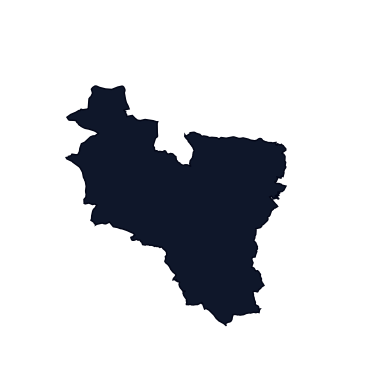 the district of Balvanesti, Mehedinti, Romania, rotated 334°
{"feature_id": "2599482B93789531943364", "entity_name": "Balvanesti", "entity_type": "district", "adm_level": 2, "iso_a3": "ROU", "parent_name": "Romania", "parent_adm1": "Mehedinti", "projection": "albers", "projection_center": [22.672, 44.8], "detail": "fine", "context": "isolated", "style": "filled", "palette": "ink", "viewbox_px": 384, "rotation_deg": 334, "n_neighbors": 0, "source": "geoboundaries", "source_scale": "gbopen_adm2", "svg_char_len": 6068}
<svg xmlns="http://www.w3.org/2000/svg" viewBox="0 0 384 384"><g transform="rotate(334 192 192)"><path d="M259.6,242.8L262.6,242.5L262.3,240.7L261.8,239.5L259.6,230.5L259.0,230.3L261.6,230.6L262.0,232.7L262.0,233.8L262.5,234.0L262.7,233.5L263.6,233.3L263.9,234.2L264.9,234.0L266.4,236.0L266.9,236.1L267.1,235.9L266.4,234.0L266.4,233.2L268.6,233.0L268.5,232.2L266.0,232.9L266.3,232.3L265.3,232.3L265.3,232.0L268.4,231.9L270.3,231.3L270.2,230.3L269.8,230.0L269.0,230.2L269.2,229.8L273.2,231.0L275.3,230.6L279.0,227.9L275.6,225.1L275.7,224.4L274.1,222.7L271.7,221.4L270.8,219.6L271.4,219.0L272.5,219.3L275.0,217.2L275.1,215.9L278.0,218.5L279.4,217.0L280.6,218.0L283.0,215.1L282.7,214.8L284.8,212.3L286.8,211.2L287.3,210.5L287.2,209.1L289.2,206.3L288.9,204.9L291.1,201.0L291.2,200.2L290.9,198.2L289.9,196.7L290.8,196.1L294.6,195.5L295.2,194.3L294.4,191.4L294.3,190.4L293.6,189.5L293.3,188.4L291.7,188.3L290.1,186.3L289.2,187.1L288.2,186.4L289.2,184.3L285.9,183.3L285.1,182.5L282.0,180.9L280.7,179.5L280.1,179.2L278.1,176.8L277.7,174.7L276.6,173.7L275.1,173.5L273.1,173.9L270.9,173.5L267.5,171.2L265.6,169.1L261.6,165.8L259.3,165.2L257.5,164.4L253.9,161.0L253.0,160.5L246.3,158.7L242.0,155.8L239.7,156.2L239.3,155.9L238.0,154.1L233.8,151.6L231.4,150.7L229.9,148.8L227.1,146.8L225.5,146.4L224.9,145.6L224.3,143.7L221.7,141.3L220.5,139.6L219.5,139.0L216.5,138.0L216.2,138.0L216.2,138.7L211.5,139.2L210.8,138.6L210.7,137.5L209.9,138.9L210.3,141.2L211.1,143.5L210.9,145.1L211.7,147.8L211.6,148.8L212.3,149.6L212.0,150.4L212.4,151.9L212.1,156.1L210.7,156.8L208.9,159.4L208.9,160.1L208.3,160.3L207.2,161.6L204.2,163.1L202.4,165.6L202.4,167.1L202.0,168.0L199.6,165.5L197.7,164.5L196.0,164.3L195.3,163.8L193.8,161.8L193.7,160.7L192.4,159.1L192.4,158.1L191.9,156.4L193.0,153.1L192.1,151.8L191.7,150.1L191.1,149.1L189.6,148.0L187.9,147.8L186.7,147.1L186.3,146.0L186.2,143.9L185.7,143.1L185.1,142.9L183.2,143.0L180.8,141.4L179.4,141.1L178.5,139.5L177.0,138.9L176.8,138.5L177.1,136.7L177.7,135.4L177.5,134.8L177.2,134.4L177.6,133.0L182.2,128.1L183.2,127.4L185.1,127.1L185.6,126.4L186.8,123.4L190.6,115.2L191.9,113.8L190.9,113.4L188.4,111.0L181.6,106.3L176.9,105.2L174.9,103.9L174.3,103.3L173.0,100.6L171.9,97.1L166.5,95.6L167.1,93.7L166.8,91.7L167.6,90.9L167.6,90.6L166.9,90.1L167.0,89.5L166.6,89.0L166.7,88.7L168.1,88.7L171.9,89.7L172.2,86.5L172.1,83.0L172.7,79.8L174.6,73.1L176.0,71.6L176.4,70.9L176.6,70.0L176.6,67.9L176.2,66.8L175.5,66.2L171.3,65.2L164.9,64.7L159.4,61.5L154.7,57.5L152.6,55.0L151.4,54.3L150.8,54.3L148.5,54.6L146.7,55.5L146.0,59.6L142.9,62.1L142.0,62.2L140.3,63.1L136.4,69.8L135.5,71.3L135.0,71.5L134.1,71.6L129.8,70.2L128.7,69.1L128.2,69.0L127.3,69.7L125.9,69.2L122.5,69.5L117.0,69.2L112.4,70.0L112.8,73.0L113.4,73.7L117.7,76.0L118.8,76.9L119.1,77.5L119.1,79.0L119.7,80.1L119.8,81.7L120.3,82.8L120.9,83.3L121.0,84.1L122.7,86.5L123.9,87.9L126.9,90.2L130.8,93.9L131.9,95.3L133.6,98.2L133.5,98.5L130.8,98.7L129.9,99.2L127.5,98.2L124.9,98.0L117.4,100.3L113.8,100.2L110.4,103.6L108.6,106.3L106.2,108.1L105.5,108.3L104.0,107.7L100.7,105.4L99.2,106.4L96.7,105.9L96.6,106.7L94.0,105.9L94.0,107.2L97.9,112.1L97.9,112.7L101.7,119.8L102.1,121.3L102.3,126.3L100.9,131.4L101.0,133.6L100.8,134.3L100.8,135.9L99.4,140.6L96.9,144.4L96.2,146.3L96.0,147.5L94.3,150.2L91.7,151.3L90.6,153.8L90.6,154.2L90.1,154.8L90.8,155.8L94.5,156.7L97.1,159.6L99.4,160.2L100.7,162.1L97.6,164.0L96.0,164.4L94.4,165.7L91.5,169.4L90.0,172.1L88.8,173.1L90.4,175.8L90.9,177.7L90.6,177.8L91.3,179.1L91.1,179.3L92.2,179.2L97.7,180.5L99.2,182.0L100.6,182.8L104.7,182.8L106.1,188.7L109.4,191.1L111.6,193.4L113.1,194.4L116.4,197.7L121.2,203.4L121.7,205.6L120.0,205.9L119.6,206.6L118.6,206.1L117.2,206.0L116.9,207.4L117.1,209.1L118.6,209.9L121.4,210.2L121.7,210.3L122.4,211.6L123.7,211.9L124.2,212.8L124.3,214.2L124.9,214.8L124.6,217.6L126.8,219.2L127.9,219.2L128.8,219.9L129.7,219.9L130.2,221.0L132.9,222.4L134.7,224.6L136.0,224.7L136.4,225.5L137.1,225.7L138.6,227.0L138.8,227.7L140.3,227.9L141.0,228.7L141.2,230.2L142.3,232.7L142.7,234.4L142.6,235.2L141.6,237.8L139.8,238.3L139.3,240.0L138.8,240.9L137.3,242.3L137.2,242.9L137.5,244.5L138.5,246.4L139.1,249.3L139.1,252.3L139.8,255.5L141.2,258.6L141.3,259.6L139.7,260.7L137.5,261.6L136.5,262.6L137.8,263.0L138.3,263.6L139.5,263.9L139.5,264.4L138.7,264.4L138.7,264.6L140.1,266.5L140.8,266.8L141.2,267.4L141.2,267.8L139.9,269.4L139.5,271.2L139.5,272.8L140.2,275.5L140.3,277.0L142.2,277.8L142.2,278.2L140.3,278.3L139.6,278.9L139.7,279.6L139.4,280.4L139.3,281.4L139.7,284.5L140.0,285.1L139.9,286.2L139.7,287.1L139.2,287.4L139.4,287.8L139.0,288.9L137.8,290.2L137.7,290.7L139.6,291.8L141.0,292.0L142.3,293.3L143.8,294.1L145.6,294.6L147.7,295.6L152.4,295.5L152.5,296.0L152.0,296.6L152.6,297.1L152.0,302.7L153.1,302.7L153.8,303.1L155.5,305.5L157.8,312.1L158.5,316.6L159.0,317.5L159.6,319.4L162.9,324.1L164.3,327.4L164.1,326.6L164.4,325.3L165.3,324.8L167.3,324.8L169.1,325.3L170.7,325.0L172.1,323.9L173.4,322.0L175.2,320.2L177.2,320.9L179.4,322.6L180.4,322.8L180.8,323.4L181.6,323.8L184.7,324.8L187.7,324.9L190.5,325.7L191.4,326.4L194.8,327.1L196.5,328.4L198.4,328.8L199.4,329.7L201.0,327.5L202.0,327.0L200.4,326.3L201.4,324.8L201.4,324.1L201.2,323.3L200.0,321.9L199.6,320.5L200.6,318.9L200.8,316.1L201.4,314.2L201.6,312.3L202.2,311.2L202.7,309.1L203.2,308.5L204.1,308.4L206.2,309.5L206.7,310.3L207.4,310.4L209.4,309.0L211.4,308.7L212.6,307.9L215.7,307.5L215.5,304.8L215.1,304.1L215.5,302.7L215.2,301.6L216.3,300.7L216.4,297.6L217.4,296.0L217.0,294.1L217.0,293.0L216.4,291.5L214.8,291.0L214.4,289.7L214.4,287.9L213.3,286.2L212.7,285.9L213.4,284.7L215.8,282.4L215.9,280.3L216.3,278.2L217.9,277.2L220.2,278.0L221.6,276.3L224.1,273.9L223.8,273.0L225.8,271.8L226.2,271.0L226.3,270.2L226.9,269.5L226.7,269.1L227.0,265.6L226.2,263.0L226.5,262.3L228.2,260.9L229.2,259.2L230.6,258.2L232.7,254.6L233.3,252.9L237.6,253.9L239.4,253.5L239.8,252.8L241.0,252.3L241.9,252.4L246.9,250.8L247.8,250.3L248.5,249.4L248.5,248.8L248.8,248.0L249.6,247.5L250.9,247.5L251.9,246.9L255.2,243.6L257.5,243.1L258.7,242.4L259.6,242.8Z" fill="#0f172a" stroke="#020617" stroke-width="1.5"/></g></svg>